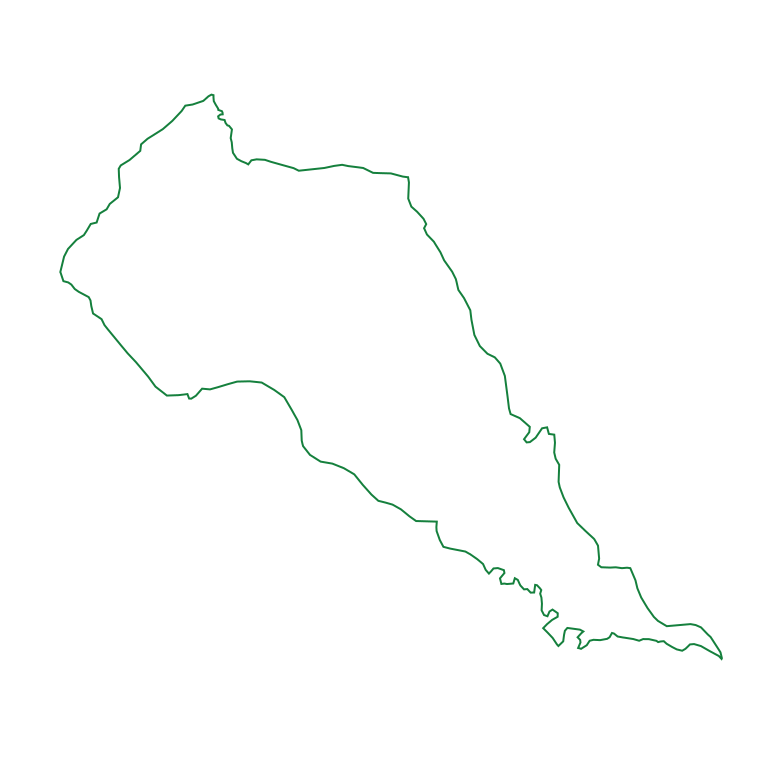 Wedjah, Sinoe, Liberia (orthographic projection), rotated 265°
{"feature_id": "62588387B38040387852125", "entity_name": "Wedjah", "entity_type": "district", "adm_level": 2, "iso_a3": "LBR", "parent_name": "Liberia", "parent_adm1": "Sinoe", "projection": "orthographic", "projection_center": [-8.85, 5.295], "detail": "fine", "context": "isolated", "style": "outline", "palette": "green", "viewbox_px": 768, "rotation_deg": 265, "n_neighbors": 0, "source": "geoboundaries", "source_scale": "gbopen_adm2", "svg_char_len": 3963}
<svg xmlns="http://www.w3.org/2000/svg" viewBox="0 0 768 768"><g transform="rotate(265 384 384)"><path d="M80.7,696.3L81.4,696.7L87.4,695.8L92.0,693.4L100.5,688.9L103.5,687.3L106.3,684.7L113.9,678.6L116.7,673.5L118.1,668.4L118.1,657.7L118.1,650.1L118.1,644.6L120.4,641.4L124.1,636.3L128.5,632.5L131.1,631.0L137.8,627.0L142.1,624.9L148.9,621.6L158.4,618.6L166.5,617.4L179.1,613.3L179.8,610.1L179.8,607.3L179.8,605.0L181.2,598.9L181.4,593.3L182.5,584.5L185.3,581.4L191.3,583.1L204.3,583.1L211.0,580.0L211.9,579.3L216.8,574.8L220.0,571.9L228.6,564.4L244.6,557.2L255.4,553.0L265.7,550.1L271.3,549.4L288.2,551.5L294.6,548.5L300.9,547.6L310.6,549.2L318.7,549.2L319.9,543.9L326.6,542.7L326.1,537.6L317.3,530.4L313.4,524.3L313.4,521.0L316.8,518.7L323.3,524.5L328.6,525.5L338.1,516.4L343.0,507.5L348.8,506.4L357.5,506.1L360.5,506.0L381.5,505.1L394.2,501.6L400.9,496.7L405.1,489.7L413.4,482.8L425.0,478.3L440.5,476.7L449.9,476.4L462.6,471.2L471.2,466.3L473.9,465.9L479.2,465.2L482.3,464.7L489.9,461.7L501.9,454.7L510.3,451.7L519.1,447.2L521.4,446.1L529.2,439.8L534.9,437.8L535.7,437.5L539.6,440.0L545.1,437.8L552.7,432.0L558.3,426.7L566.6,424.3L582.6,426.4L587.9,426.0L588.1,424.8L589.0,420.8L593.2,409.2L594.4,398.7L595.3,391.5L601.0,382.1L602.1,377.2L604.2,367.4L606.0,361.4L605.6,353.4L604.4,343.4L603.9,317.7L606.9,312.8L611.5,300.5L615.2,290.7L617.7,284.9L618.9,276.7L618.4,271.4L614.6,267.9L616.1,265.8L618.4,261.3L621.2,257.1L627.5,253.7L632.1,253.4L638.1,253.4L642.3,252.7L650.9,254.7L654.7,252.1L655.3,250.5L657.9,248.9L660.9,248.2L661.8,244.5L663.0,242.4L665.1,242.1L666.7,244.5L666.7,246.8L668.5,246.8L669.9,246.3L671.5,242.8L672.7,242.8L676.9,240.7L680.6,239.1L684.0,239.1L686.6,239.3L687.3,237.3L685.9,234.2L681.8,228.7L679.1,217.7L678.6,210.3L673.6,206.2L664.5,196.0L657.2,185.9L648.9,169.8L643.9,162.9L637.5,161.5L629.3,150.0L624.7,140.8L621.5,138.5L613.3,138.1L602.3,138.1L593.2,135.3L587.3,126.5L582.2,122.9L578.6,115.5L569.9,111.8L569.0,105.8L562.6,101.2L558.5,98.0L554.4,90.2L546.1,81.0L538.8,76.4L523.7,71.3L522.8,71.6L519.4,72.4L514.4,73.6L512.7,78.3L510.3,81.2L505.6,84.2L502.4,88.0L496.3,97.4L492.8,98.9L487.2,99.2L479.6,100.3L473.2,108.3L467.0,110.7L462.6,113.6L445.4,125.4L436.9,131.3L427.4,138.8L411.9,149.7L401.3,156.1L391.4,166.7L390.8,178.5L391.1,187.3L386.5,188.6L386.2,190.7L388.7,195.6L395.2,202.4L393.8,210.2L395.3,218.3L397.4,228.3L399.2,237.9L398.5,248.9L398.4,250.4L397.2,256.7L396.1,262.3L387.6,274.2L386.9,275.0L379.6,283.5L366.1,289.9L361.6,291.9L355.7,294.6L345.2,297.6L334.8,297.1L331.2,297.6L329.1,298.0L319.8,304.1L312.2,314.1L309.2,325.6L303.6,336.7L296.6,346.5L285.3,354.1L275.0,361.8L268.1,368.2L267.2,370.9L265.6,375.5L263.1,382.0L257.7,389.9L249.9,397.9L249.5,398.4L244.7,404.0L242.3,424.6L236.8,423.7L232.9,423.6L223.7,426.0L216.6,429.0L214.3,435.5L210.0,450.5L207.7,453.8L207.0,454.9L201.3,461.7L196.0,467.0L190.0,469.1L186.0,472.0L188.1,474.4L190.7,477.0L190.7,481.4L188.1,487.2L185.2,487.5L180.3,482.6L174.6,483.5L174.7,486.5L174.0,489.1L174.0,495.4L179.1,497.4L177.2,500.2L173.2,501.6L171.4,502.3L167.2,505.6L167.2,508.9L163.4,511.9L163.2,515.4L170.7,517.1L170.2,518.9L166.7,521.7L165.0,522.7L161.5,521.3L157.5,522.2L151.4,522.2L144.8,521.3L139.9,523.3L138.4,526.6L142.9,529.0L144.6,532.2L140.5,537.1L137.0,536.7L134.4,531.0L130.7,525.7L126.9,521.3L125.1,522.8L122.0,525.4L116.3,529.9L109.5,533.6L107.8,534.9L112.0,540.1L118.4,541.5L122.4,542.7L125.0,545.4L123.5,552.1L122.2,557.8L120.1,561.0L118.5,558.8L114.8,554.8L112.0,557.1L109.4,557.2L104.1,554.4L103.4,556.4L103.0,557.2L106.1,563.2L110.3,566.5L110.9,570.4L110.0,577.0L110.7,584.1L112.1,586.7L116.1,589.4L115.4,591.3L112.1,594.7L110.9,599.1L110.7,599.8L110.3,601.6L108.2,610.1L106.0,615.8L107.3,619.9L106.7,625.8L104.4,633.0L103.0,634.6L103.4,637.1L103.4,640.3L100.6,642.9L96.9,648.1L94.1,652.5L93.5,654.3L92.3,657.8L93.9,661.2L95.8,663.6L97.9,666.1L97.9,670.2L95.3,676.9L89.6,685.1L83.8,693.9L80.7,696.3Z" fill="none" stroke="#15803d" stroke-width="2"/></g></svg>